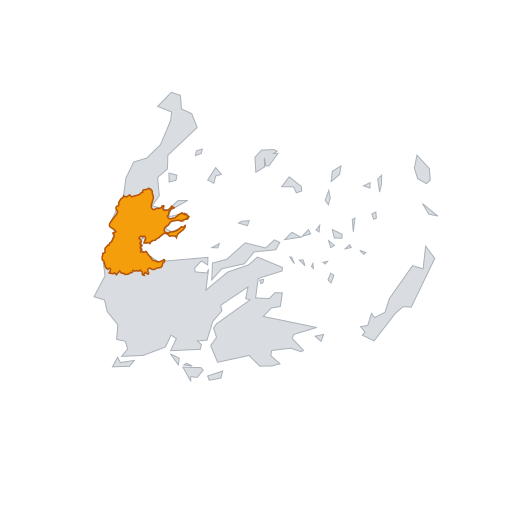 where Kentriki Makedonia sits in Greece, rotated 300°
{"feature_id": "GRC-2991", "entity_name": "Kentriki Makedonia", "entity_type": "Region", "adm_level": 1, "iso_a3": "GRC", "parent_name": "Greece", "parent_adm1": "", "projection": "robinson", "projection_center": [23.042, 40.656], "detail": "fine", "context": "in_parent", "style": "filled", "palette": "amber", "viewbox_px": 512, "rotation_deg": 300, "n_neighbors": 0, "source": "natural_earth", "source_scale": "10m", "svg_char_len": 9743}
<svg xmlns="http://www.w3.org/2000/svg" viewBox="0 0 512 512"><g transform="rotate(300 256 256)"><path d="M336.4,96.0L355.4,100.8L357.3,110.2L346.1,117.9L347.1,129.2L337.9,140.8L299.1,129.3L287.1,135.8L274.9,131.5L259.8,142.1L247.5,140.9L251.6,156.4L264.9,160.7L270.0,169.1L253.4,159.2L246.2,160.6L255.5,170.7L254.7,177.7L243.8,165.6L234.6,163.7L234.8,170.6L244.2,178.0L233.4,176.5L230.2,165.9L214.1,157.3L215.1,148.3L203.8,152.8L202.3,174.3L230.8,215.1L224.1,218.6L224.4,211.2L215.0,208.9L211.8,211.2L213.7,215.4L216.8,222.0L220.7,221.6L201.3,229.7L227.9,239.5L244.7,254.1L255.8,257.8L259.3,284.5L256.1,286.1L237.7,269.1L219.5,276.6L225.8,288.8L233.6,290.7L237.2,297.3L224.4,302.3L218.7,295.3L207.3,292.5L224.4,344.3L207.0,327.9L202.7,328.6L198.0,344.3L195.6,343.0L193.6,332.3L182.0,316.8L177.1,318.6L174.6,330.6L168.6,324.6L162.5,314.3L166.4,299.8L144.8,275.9L155.8,261.5L165.8,262.5L172.3,255.3L177.3,255.6L215.0,272.8L213.9,268.4L225.2,264.5L195.6,250.0L191.6,253.9L177.8,251.3L158.6,255.6L153.1,247.7L152.0,253.1L147.3,254.4L131.3,229.4L144.7,228.3L145.0,222.0L131.8,223.0L113.4,207.9L101.9,189.8L111.5,191.3L116.8,185.4L114.1,177.0L127.5,170.6L133.4,155.1L142.2,146.8L139.7,136.1L163.3,135.2L179.4,122.9L198.6,123.5L207.5,120.7L209.8,113.5L242.5,110.9L258.6,104.3L276.3,103.1L286.2,112.4L304.6,117.6L330.4,114.4L338.5,111.0L336.4,96.0ZM251.7,387.5L264.1,384.7L261.9,389.4L271.6,395.9L286.0,392.8L325.9,396.4L328.5,407.1L349.3,398.0L343.3,412.0L289.3,416.0L285.7,408.7L275.9,405.3L241.5,400.7L240.6,387.6L244.6,388.5L247.1,381.8L251.7,387.5ZM228.1,221.9L238.5,232.3L262.0,240.1L267.8,260.4L279.1,263.8L279.7,269.8L271.2,269.9L258.6,252.3L243.4,249.8L227.9,232.8L213.1,229.6L228.1,221.9ZM350.4,207.8L357.1,218.2L357.3,221.9L353.6,219.9L355.9,223.7L340.9,222.2L338.8,219.6L345.2,214.1L337.4,218.9L328.5,214.0L340.9,205.7L350.4,207.8ZM408.9,368.9L403.9,367.5L403.7,357.4L411.4,349.2L423.8,345.0L418.4,362.4L408.9,368.9ZM338.8,260.5L335.1,263.1L330.9,259.3L334.7,254.0L328.9,243.6L341.2,245.2L338.8,260.5ZM123.2,248.3L131.8,264.1L130.7,267.4L121.5,265.7L118.7,259.7L114.8,262.3L123.2,248.3ZM104.8,202.9L97.3,201.6L88.2,187.1L99.1,186.8L95.9,191.8L104.8,202.9ZM312.4,176.9L309.4,185.2L305.2,181.1L297.9,183.1L297.7,176.1L312.4,176.9ZM367.5,279.7L376.6,284.6L368.4,287.6L358.1,283.9L367.5,279.7ZM286.5,147.2L281.6,148.8L276.6,143.8L284.3,139.1L286.5,147.2ZM127.9,274.1L139.7,284.6L132.8,286.7L125.1,277.7L127.9,274.1ZM317.9,319.7L314.4,321.5L310.7,314.8L317.0,308.9L317.9,319.7ZM294.5,275.3L294.8,285.4L284.5,272.6L294.5,275.3ZM384.6,374.0L381.5,393.5L378.7,384.6L384.6,374.0ZM129.1,240.6L122.9,243.2L128.4,230.8L129.1,240.6ZM221.9,353.8L214.6,355.0L216.1,347.3L221.9,353.8ZM373.1,331.1L383.4,323.0L388.8,324.4L381.0,328.7L373.1,331.1ZM336.6,293.1L338.8,288.1L349.1,286.2L343.4,291.2L336.6,293.1ZM305.7,311.1L304.3,318.6L300.6,316.5L305.7,311.1ZM305.1,288.3L302.4,292.3L296.1,286.1L305.1,288.3ZM283.2,232.5L278.0,233.4L275.8,224.4L278.9,226.2L283.2,232.5ZM321.8,156.0L317.4,157.3L312.6,153.4L317.2,151.8L321.8,156.0ZM278.4,329.3L278.2,333.1L270.2,334.5L271.4,330.3L278.4,329.3ZM338.3,322.8L325.7,328.1L335.8,321.1L338.3,322.8ZM272.9,287.4L268.5,293.1L272.0,285.8L272.9,287.4ZM314.5,295.8L308.4,298.6L308.6,295.0L314.5,295.8ZM354.0,337.8L349.0,341.3L346.6,339.6L350.4,335.3L354.0,337.8ZM376.5,318.1L371.8,320.7L370.5,314.0L376.5,318.1ZM276.1,298.8L272.1,303.3L274.1,295.6L276.1,298.8ZM128.5,249.4L128.8,255.7L125.5,248.0L128.5,249.4ZM312.6,331.5L310.9,334.3L306.8,329.6L312.6,331.5ZM248.4,218.0L244.0,218.9L241.2,213.6L248.4,218.0ZM239.6,274.3L236.3,275.4L234.5,274.0L237.0,271.2L239.6,274.3ZM278.0,309.0L273.9,311.9L274.5,309.3L278.0,309.0ZM312.8,343.1L313.9,349.4L311.3,348.5L312.8,343.1ZM287.2,320.6L283.8,320.1L284.0,317.1L287.2,320.6Z" fill="#d9dde1" stroke="#a8b0b8" stroke-width="1"/><path d="M211.4,113.1L214.9,113.3L222.5,114.4L224.1,114.2L225.0,114.0L225.4,113.8L225.8,113.4L226.0,113.0L226.0,112.1L226.2,111.8L226.7,111.3L227.6,110.8L228.5,110.4L229.2,110.4L229.9,110.8L230.2,111.4L230.6,111.7L231.4,111.6L232.1,111.3L233.3,110.5L234.0,110.3L237.8,110.4L240.3,111.6L241.6,111.7L242.1,111.4L242.1,111.5L241.9,112.4L242.5,114.5L245.7,115.9L245.7,116.6L245.3,117.1L245.1,118.4L245.3,119.1L247.2,120.6L249.5,123.1L251.5,124.5L253.5,125.0L254.7,126.1L255.4,125.4L256.1,125.3L256.8,125.4L257.6,126.0L258.4,127.4L260.2,128.9L261.1,129.3L260.8,129.9L261.3,131.3L261.1,131.9L260.7,132.5L260.7,133.1L260.2,133.7L258.0,135.2L257.2,136.4L255.2,138.0L254.4,138.3L251.1,139.0L251.0,139.3L250.5,139.3L249.3,139.4L247.2,140.2L246.3,140.7L245.5,141.4L245.0,142.2L244.8,143.4L245.1,144.4L245.8,145.1L246.7,145.4L247.2,145.7L247.9,146.6L248.4,147.6L248.7,148.4L248.9,148.5L250.2,149.6L250.8,149.7L251.4,149.8L252.0,149.7L252.4,149.6L252.6,150.1L253.4,150.8L253.4,151.2L253.1,151.4L250.4,151.7L249.9,152.3L249.7,153.2L250.0,154.4L251.6,156.6L252.0,157.0L253.2,157.5L253.4,157.8L254.9,158.1L255.3,158.2L255.8,158.1L256.8,157.9L256.9,158.0L256.9,159.2L256.9,160.0L256.9,160.6L256.8,161.0L256.5,160.9L255.1,159.5L254.3,158.9L253.7,158.7L252.3,158.9L250.9,158.6L250.3,158.6L248.3,159.5L247.4,159.7L246.3,159.2L246.2,159.5L245.9,159.9L245.1,160.7L244.9,161.5L245.0,162.3L245.6,163.8L245.8,164.1L246.1,164.4L247.4,165.2L247.6,165.9L248.2,166.5L248.7,166.9L249.0,166.8L251.6,168.0L252.1,167.8L252.8,168.0L253.4,168.5L253.9,169.0L254.5,169.4L256.0,169.9L256.4,170.5L256.4,170.9L255.9,171.3L255.9,171.8L256.1,172.1L256.8,172.5L257.0,172.9L256.8,173.3L256.6,173.4L256.3,173.4L256.2,173.5L256.3,174.1L256.5,174.3L256.9,174.3L257.2,174.0L257.2,174.5L257.3,174.8L257.3,175.1L257.5,175.3L256.5,176.1L256.3,176.5L256.7,176.9L256.7,177.3L256.0,177.3L255.6,177.6L255.7,177.9L256.5,177.9L256.5,178.3L254.5,178.3L253.7,178.1L253.8,177.6L253.8,177.3L253.5,177.3L253.2,177.5L252.9,177.4L252.8,177.1L253.0,176.6L251.6,175.9L251.4,175.8L251.2,175.3L250.8,174.9L250.3,174.8L250.0,175.0L249.9,175.3L250.1,175.7L248.6,173.4L248.5,172.9L248.7,172.1L248.8,171.7L248.6,171.5L248.2,171.3L248.0,170.9L247.8,170.5L247.7,170.1L244.2,165.8L242.9,165.0L242.2,164.8L239.0,164.6L236.8,163.4L235.0,163.0L233.5,163.0L232.2,163.8L231.2,165.4L231.2,166.3L231.4,167.1L231.8,167.8L232.0,168.7L232.2,169.0L232.5,169.1L233.2,169.2L233.6,169.3L233.8,169.5L234.2,170.1L236.2,172.9L237.4,174.1L241.4,176.1L244.0,176.7L244.1,177.0L244.1,177.4L244.3,177.9L244.6,178.5L245.1,178.9L245.7,179.1L246.5,179.2L247.0,179.4L246.7,179.7L246.0,180.0L245.3,180.2L242.0,179.7L236.3,177.4L235.4,177.3L232.5,177.7L232.1,177.9L232.3,177.4L232.8,176.5L232.9,175.9L232.7,175.6L232.2,174.8L232.0,174.5L231.7,173.4L231.1,172.6L230.3,171.9L229.9,171.2L230.5,169.6L230.6,167.8L230.4,166.2L229.7,165.0L228.1,164.2L227.2,163.9L225.8,163.6L225.1,163.2L224.5,162.9L223.9,163.1L221.8,161.7L221.5,161.6L221.0,161.3L220.1,161.1L219.2,160.8L218.5,159.6L216.7,158.2L216.0,157.9L215.3,157.8L213.8,157.9L214.2,157.2L213.8,156.4L212.7,155.0L212.8,155.0L213.0,155.0L213.0,154.7L211.6,153.2L211.2,152.5L212.1,152.1L214.5,152.0L215.9,151.8L216.4,151.3L216.7,150.9L217.1,150.6L217.5,150.1L217.2,149.3L216.3,148.7L216.0,148.6L215.9,148.5L215.9,148.2L216.2,147.6L215.6,146.4L214.7,145.8L213.6,145.7L212.5,146.0L212.8,146.9L212.7,147.6L212.3,148.2L212.0,148.6L211.3,148.9L211.0,149.2L211.0,149.3L210.2,149.3L209.9,149.2L209.6,148.9L208.8,149.4L208.3,150.0L208.2,150.7L208.5,151.5L208.2,151.5L207.9,151.2L207.9,151.9L207.7,151.9L207.7,151.5L207.4,151.5L207.3,152.1L207.0,152.0L206.5,151.7L206.1,151.5L206.1,151.3L205.5,151.3L204.9,151.8L204.8,152.4L205.6,152.8L205.2,152.8L204.8,153.2L204.8,153.6L204.6,153.9L204.3,153.8L203.7,153.4L202.8,153.5L202.3,153.6L201.9,154.1L202.4,154.5L202.8,155.2L203.0,156.0L202.9,156.6L203.4,157.0L203.8,157.6L204.2,158.0L204.9,158.2L205.0,158.7L204.5,159.8L203.5,161.5L202.3,164.7L202.3,165.3L200.8,168.2L200.7,169.3L201.0,170.1L201.4,170.9L201.6,171.9L201.4,173.0L201.5,173.5L202.0,173.7L202.2,174.0L202.6,175.3L204.7,176.9L205.0,177.1L205.2,177.3L206.1,177.6L206.4,177.7L206.4,177.9L206.8,177.9L206.9,178.1L206.8,179.0L206.5,179.2L204.4,179.5L203.8,179.0L203.2,178.9L200.1,179.7L198.6,179.3L197.4,178.2L196.6,176.7L194.0,175.0L192.8,173.8L192.4,172.5L192.5,170.4L192.2,169.7L190.9,169.0L189.3,169.5L188.6,170.1L187.9,171.2L187.0,171.9L186.4,171.7L186.1,171.0L186.2,170.2L186.1,169.6L186.5,169.0L186.6,168.3L184.6,167.9L183.8,168.3L183.4,168.9L183.1,168.2L183.0,167.3L183.3,166.6L184.8,165.9L185.3,165.3L185.5,163.9L186.1,162.9L184.3,162.1L183.9,161.4L183.7,160.0L182.4,158.7L182.2,158.0L182.4,157.4L182.1,156.7L179.9,157.0L179.3,156.7L179.3,156.0L178.0,155.2L176.6,154.6L176.0,154.0L175.2,152.5L174.5,152.0L174.5,151.3L175.0,150.1L174.0,148.8L174.0,147.5L174.9,145.5L174.1,145.5L173.4,145.1L172.7,145.1L171.1,144.6L170.4,144.7L169.8,144.4L170.7,142.4L170.7,141.7L169.4,141.3L168.9,140.6L168.4,138.4L167.8,137.8L168.0,137.2L169.4,137.3L170.9,137.0L171.6,136.7L172.3,136.2L172.4,135.6L171.8,134.9L170.5,134.4L170.3,132.7L170.6,132.7L171.1,132.2L171.2,131.7L171.2,131.2L171.3,130.8L171.7,130.3L173.1,129.4L173.7,128.5L175.1,127.3L175.6,126.6L175.7,126.2L175.7,125.3L175.9,124.8L176.2,124.5L177.2,123.8L178.3,123.2L180.8,122.6L181.0,122.5L181.4,122.0L181.5,122.0L181.8,122.0L181.9,122.3L182.0,122.5L183.4,123.3L183.6,123.4L184.5,123.1L185.8,122.0L186.7,121.6L187.6,121.5L188.3,121.6L189.8,122.0L191.0,122.2L191.3,122.3L191.5,123.1L191.8,123.2L192.1,123.1L192.8,123.0L193.8,122.9L194.3,122.9L194.6,123.1L195.4,123.5L195.9,123.7L197.0,123.7L197.6,123.7L198.2,123.6L198.9,123.4L199.5,123.3L200.8,123.5L201.6,123.5L202.4,123.2L203.0,122.7L203.7,121.9L203.8,121.5L203.7,121.1L203.9,120.8L204.5,120.6L204.9,120.7L205.1,121.0L205.3,121.4L205.6,121.7L206.3,122.3L206.8,122.5L207.2,122.2L207.6,121.3L208.0,119.5L208.2,115.8L208.6,114.3L209.7,113.4L211.4,113.1Z" fill="#f59e0b" stroke="#b45309" stroke-width="1.5"/></g></svg>